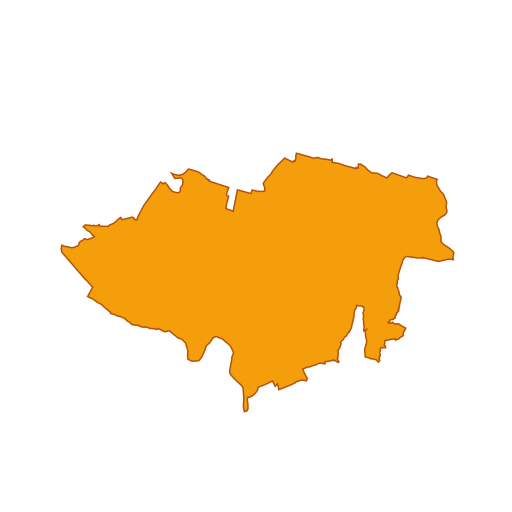 the district of Filiasi, Dolj, Romania, rotated 25°
{"feature_id": "2599482B35880437379690", "entity_name": "Filiasi", "entity_type": "district", "adm_level": 2, "iso_a3": "ROU", "parent_name": "Romania", "parent_adm1": "Dolj", "projection": "orthographic", "projection_center": [23.538, 44.559], "detail": "fine", "context": "isolated", "style": "filled", "palette": "amber", "viewbox_px": 512, "rotation_deg": 25, "n_neighbors": 0, "source": "geoboundaries", "source_scale": "gbopen_adm2", "svg_char_len": 6137}
<svg xmlns="http://www.w3.org/2000/svg" viewBox="0 0 512 512"><g transform="rotate(25 256 256)"><path d="M418.3,273.2L418.6,272.2L419.7,271.6L420.5,270.6L420.6,269.8L421.6,268.0L422.6,267.0L422.7,265.8L423.0,265.3L422.2,264.2L421.8,262.9L422.2,261.9L422.2,258.1L418.1,257.9L414.3,257.2L413.1,257.5L410.6,258.9L408.2,258.8L408.0,258.4L407.5,258.4L407.5,259.0L406.7,259.8L404.4,260.8L403.8,260.1L404.5,259.2L404.5,258.6L404.9,258.3L404.6,257.2L405.1,256.7L407.2,255.5L407.3,254.6L408.0,253.9L408.1,252.8L407.6,251.8L407.7,250.7L408.0,250.2L407.8,249.7L407.9,248.7L407.5,248.0L408.0,247.3L408.0,246.0L408.5,245.6L408.2,245.3L408.1,243.9L407.2,243.6L407.6,242.7L407.3,242.1L407.6,241.5L406.9,240.7L406.7,238.8L406.2,237.5L405.5,233.5L405.0,232.1L404.4,231.5L402.7,230.8L400.4,227.7L398.3,225.7L397.9,224.9L397.2,224.7L395.6,222.5L395.6,221.0L394.4,218.3L394.8,216.3L394.2,215.9L393.2,214.0L392.8,212.6L391.7,204.6L391.4,200.6L390.9,198.6L391.2,195.3L392.0,193.4L393.4,192.5L403.0,189.6L408.8,187.0L408.4,186.8L423.3,183.9L424.4,183.3L432.0,177.3L436.5,175.9L435.0,174.0L434.0,169.6L433.2,168.8L428.4,167.3L421.0,166.2L417.6,164.8L415.4,160.1L412.4,157.1L411.2,155.2L408.7,153.2L406.0,150.1L405.8,147.0L406.2,145.1L407.7,141.9L409.8,139.1L410.5,135.7L409.4,133.5L408.1,132.1L407.4,131.0L406.4,127.4L406.0,126.6L400.2,121.2L399.1,120.5L396.0,119.4L390.4,115.6L389.2,114.2L388.0,111.8L387.8,111.0L387.9,110.0L377.7,111.1L377.8,113.0L376.4,114.3L374.2,115.4L367.0,117.5L359.9,118.3L359.9,119.6L359.3,121.6L344.1,123.1L342.3,127.0L341.6,130.0L338.8,129.9L335.9,130.1L333.4,129.6L331.0,129.8L325.7,131.7L321.5,131.0L316.5,129.0L314.1,129.1L313.3,128.6L311.7,128.5L311.4,129.0L310.0,129.4L311.4,133.1L309.4,133.4L309.9,134.4L299.7,136.3L291.8,137.1L285.5,139.0L284.2,135.9L283.6,136.4L283.5,137.3L283.2,137.5L277.5,139.0L274.2,140.3L271.5,140.3L269.4,141.1L267.2,142.8L265.9,143.3L262.7,143.5L249.2,145.8L249.7,148.2L250.8,150.6L251.3,153.5L250.1,153.6L250.0,155.2L244.2,155.3L240.6,155.1L237.1,164.5L235.8,169.3L235.0,173.3L235.2,174.1L234.1,177.8L233.6,178.7L231.9,186.4L232.0,187.2L232.6,188.1L235.1,190.4L236.5,193.3L234.5,194.8L229.7,196.8L224.6,197.8L225.0,201.5L211.2,203.9L216.4,225.1L214.9,225.0L214.0,225.3L208.7,225.8L207.1,220.2L206.0,213.4L204.0,213.6L203.3,212.6L202.7,210.4L202.6,206.9L202.4,205.4L181.9,208.0L181.6,206.7L179.9,207.2L179.7,206.7L178.4,206.9L177.0,205.9L175.2,205.2L172.8,205.1L169.7,204.3L168.0,204.2L161.1,205.1L158.0,205.7L156.9,209.4L155.5,212.4L152.8,214.9L151.5,215.7L146.6,216.8L144.6,216.7L149.7,220.1L152.3,218.4L153.0,218.3L153.2,217.7L154.1,217.2L155.8,217.1L157.4,217.8L158.6,220.1L159.2,222.2L159.2,224.0L158.6,226.0L159.9,229.3L159.8,230.1L159.4,230.8L158.4,231.7L156.2,232.4L153.0,232.8L148.4,231.1L148.1,230.5L143.4,228.0L142.1,228.2L141.8,229.5L141.5,229.7L138.2,229.3L136.8,238.2L135.6,243.3L134.8,248.2L134.6,248.7L133.0,257.5L132.3,269.9L132.7,273.7L130.4,274.3L130.3,273.7L129.8,273.3L127.2,273.1L119.5,279.6L117.9,279.0L117.4,278.2L117.0,278.3L115.0,282.0L114.8,283.4L113.0,286.7L109.9,290.2L109.7,290.6L109.8,291.1L109.3,291.7L101.9,295.0L101.3,294.8L101.1,294.1L100.6,293.8L99.6,295.2L97.9,296.6L96.0,296.7L94.5,298.0L92.6,298.3L88.2,300.0L87.2,301.6L87.3,302.3L86.6,302.9L88.0,302.4L91.4,303.9L93.4,304.3L94.6,304.1L97.8,305.5L98.7,306.2L100.3,306.2L100.4,306.7L101.3,306.9L100.6,307.9L96.8,312.0L95.4,312.7L93.9,312.5L93.1,312.9L92.1,315.6L90.9,316.6L90.4,317.8L90.2,319.2L90.6,320.8L90.4,321.8L88.9,323.4L87.7,325.0L85.4,326.4L80.0,327.6L78.6,328.2L75.5,328.2L76.2,331.4L78.4,334.6L109.5,348.6L114.2,350.3L120.4,353.1L121.2,353.1L120.5,363.9L126.6,364.0L131.6,365.0L137.2,365.3L138.4,366.0L148.0,368.6L148.3,369.3L148.8,369.6L152.5,368.6L153.7,369.0L156.9,368.7L158.7,368.1L161.6,368.2L162.4,367.9L167.7,369.5L168.7,369.3L172.6,370.6L174.0,370.0L175.3,369.9L178.5,368.5L180.1,368.9L180.7,368.5L181.6,368.7L183.6,368.3L185.3,367.4L185.5,367.0L186.2,367.1L187.6,366.5L190.4,366.6L191.0,366.2L194.7,364.9L196.7,364.6L197.3,364.3L197.4,363.3L197.8,363.2L205.6,363.2L208.8,360.4L220.0,363.2L224.0,362.8L228.8,364.6L231.7,367.7L234.3,370.8L236.3,375.7L238.1,378.4L242.5,378.4L247.5,375.7L248.7,374.4L249.6,370.2L249.5,362.7L248.9,358.5L250.6,354.3L251.8,347.9L253.9,345.8L260.5,345.4L270.4,348.1L276.2,352.7L276.8,355.2L276.9,358.0L277.9,360.4L280.1,369.3L281.0,371.8L281.7,373.1L283.5,374.4L288.2,376.4L298.2,379.7L300.2,381.2L305.2,390.4L308.2,397.9L311.2,402.0L313.4,400.0L313.0,398.9L313.4,398.0L311.0,393.2L309.2,390.6L308.5,389.0L308.3,387.3L309.5,387.1L310.7,385.7L312.8,382.4L313.8,378.8L314.0,376.9L314.0,376.1L313.3,374.2L318.5,368.8L323.8,362.3L328.4,366.0L329.6,362.8L333.2,367.5L342.7,357.4L344.9,354.3L345.3,354.2L345.6,352.8L347.2,351.6L348.3,350.2L350.3,348.9L354.6,347.8L354.0,345.8L354.3,345.3L352.7,344.3L348.4,340.8L346.1,338.5L348.7,336.0L349.2,335.2L352.1,333.4L352.5,332.8L352.1,332.9L356.8,328.8L357.7,327.4L359.9,325.6L361.9,325.0L362.2,325.3L363.9,324.7L364.1,324.0L363.1,322.8L368.6,319.0L368.6,318.6L370.3,318.2L370.4,317.3L375.3,317.8L375.8,317.2L375.5,317.0L375.5,316.5L372.9,314.6L373.1,312.9L372.5,312.3L372.3,310.5L371.7,310.0L371.6,309.0L370.1,306.9L370.7,304.6L370.4,301.0L370.2,299.4L369.3,299.0L369.3,297.6L370.3,295.0L370.7,291.5L371.6,290.7L372.2,286.2L372.7,285.8L372.5,285.2L372.7,284.5L372.5,284.2L372.8,283.2L372.8,281.3L372.7,280.1L371.9,277.5L371.9,276.2L371.3,274.5L371.4,273.8L370.1,268.6L369.4,267.5L368.9,265.8L368.5,263.0L368.8,260.5L368.0,258.2L369.8,257.9L373.6,256.5L374.1,257.0L375.0,256.7L376.0,257.5L376.8,259.5L376.9,262.2L378.8,264.7L379.7,267.5L381.2,269.9L382.6,272.6L383.9,274.3L385.1,278.3L385.4,278.4L387.1,276.1L387.0,278.4L389.3,282.5L392.0,285.9L393.0,288.4L393.6,293.0L394.1,295.3L397.1,300.1L397.5,301.3L402.1,300.5L403.5,300.7L405.6,299.8L408.2,299.4L409.7,299.4L410.7,300.3L411.8,300.4L412.4,298.6L412.0,297.9L410.9,297.2L410.8,296.7L411.1,295.9L410.4,295.2L410.7,293.8L410.4,292.9L410.0,292.7L408.7,290.8L408.7,288.8L408.0,288.0L407.9,287.2L408.1,286.4L412.2,284.3L411.1,282.8L409.9,282.5L409.5,280.5L408.5,278.4L413.5,274.6L413.4,274.5L417.3,272.4L418.3,273.2Z" fill="#f59e0b" stroke="#b45309" stroke-width="1.5"/></g></svg>